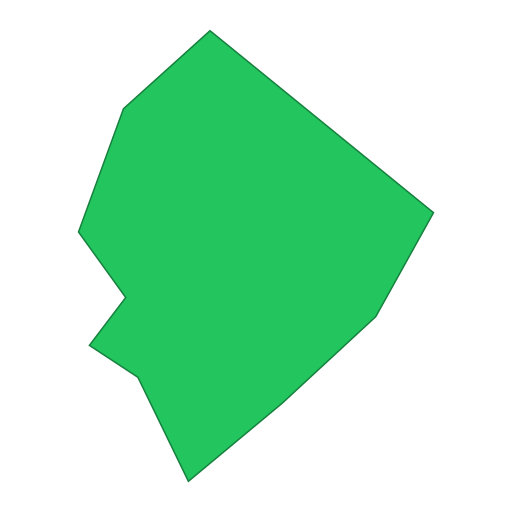 map outline of Floriana (Robinson projection)
{"feature_id": "MLT-5954", "entity_name": "Floriana", "entity_type": "state/province", "adm_level": 1, "iso_a3": "MLT", "parent_name": "Malta", "parent_adm1": "", "projection": "robinson", "projection_center": [14.501, 35.887], "detail": "fine", "context": "isolated", "style": "filled", "palette": "green", "viewbox_px": 512, "rotation_deg": 0, "n_neighbors": 0, "source": "natural_earth", "source_scale": "10m", "svg_char_len": 261}
<svg xmlns="http://www.w3.org/2000/svg" viewBox="0 0 512 512"><path d="M123.5,108.7L210.0,30.7L433.5,212.7L375.8,316.6L282.1,403.3L188.4,481.3L137.9,377.3L89.4,345.4L125.7,297.5L78.5,232.0L123.5,108.7Z" fill="#22c55e" stroke="#15803d" stroke-width="1.5"/></svg>